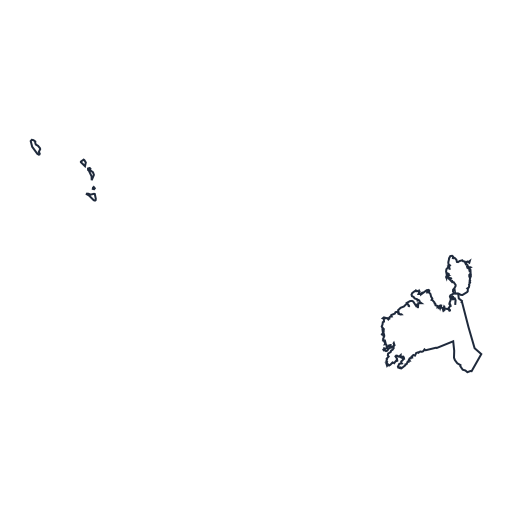 Sokehs, Pohnpei, Federated States of Micronesia
{"feature_id": "79324940B45103387354775", "entity_name": "Sokehs", "entity_type": "district", "adm_level": 2, "iso_a3": "FSM", "parent_name": "Federated States of Micronesia", "parent_adm1": "Pohnpei", "projection": "robinson", "projection_center": [158.146, 6.985], "detail": "fine", "context": "isolated", "style": "outline", "palette": "slate", "viewbox_px": 512, "rotation_deg": 0, "n_neighbors": 0, "source": "geoboundaries", "source_scale": "gbopen_adm2", "svg_char_len": 6042}
<svg xmlns="http://www.w3.org/2000/svg" viewBox="0 0 512 512"><path d="M471.6,371.2L481.3,354.1L474.6,348.2L468.5,327.2L462.1,302.4L461.6,302.2L462.0,301.0L458.8,298.5L458.2,293.6L455.2,293.7L453.8,293.5L450.5,295.3L449.9,296.3L450.1,297.1L451.1,296.8L452.1,297.5L453.3,295.9L452.6,297.7L452.9,299.0L454.4,298.2L454.8,298.4L455.6,300.3L455.2,304.9L455.5,300.1L454.7,298.5L453.2,299.3L452.8,299.1L452.4,298.1L451.3,297.9L450.6,299.0L450.9,299.5L449.6,302.7L449.9,303.8L449.4,304.1L450.3,305.5L450.9,305.5L451.2,305.7L451.5,305.6L450.7,305.9L450.5,305.6L448.5,308.2L449.9,310.1L450.7,310.2L449.4,310.7L448.6,309.3L445.4,308.6L444.4,309.2L444.4,310.9L444.3,309.3L443.7,310.5L443.1,309.6L444.4,307.0L444.1,306.6L443.4,308.6L442.8,308.4L443.3,308.8L443.0,309.5L442.6,308.1L440.8,307.3L441.2,305.8L440.7,305.4L440.1,305.6L440.3,306.2L440.2,307.1L440.4,306.4L440.2,305.8L440.9,305.7L440.3,308.0L440.0,307.8L440.1,305.9L439.8,307.9L439.4,307.0L438.7,307.6L438.6,306.8L437.5,307.2L437.7,306.0L435.5,305.3L435.3,303.8L434.6,303.5L434.5,302.5L432.4,300.1L431.6,299.9L432.3,298.5L431.1,296.7L430.4,293.9L428.8,292.3L427.2,292.4L427.3,292.0L429.1,291.5L429.3,290.6L428.6,289.9L426.7,290.2L421.2,294.3L421.3,293.4L420.5,294.0L418.5,294.0L419.6,291.6L419.1,290.7L418.6,291.5L416.0,290.5L415.9,291.2L414.8,291.1L412.2,293.1L411.5,294.7L412.0,296.2L413.6,296.9L414.6,298.4L417.2,299.3L417.5,300.5L418.5,300.0L419.3,300.5L419.8,302.0L421.4,303.2L418.3,303.2L417.9,308.1L417.7,304.5L417.2,304.5L417.1,305.6L416.6,305.7L416.8,307.0L413.2,301.5L412.0,300.9L410.0,301.1L406.8,302.9L408.9,305.6L409.1,306.1L408.6,306.8L408.8,305.5L406.9,303.5L403.9,306.5L400.6,307.8L398.1,310.2L398.9,313.6L399.2,313.7L400.5,314.4L401.4,314.3L401.5,314.4L400.5,314.5L398.4,313.8L398.0,312.3L396.4,311.9L395.5,312.2L394.8,313.6L391.3,315.0L391.1,315.7L391.6,316.5L390.1,316.7L388.9,318.0L389.4,318.6L389.6,319.4L388.9,318.5L388.3,319.4L387.2,318.1L385.2,318.3L385.4,317.8L383.9,317.4L382.8,318.3L383.8,318.7L384.0,321.6L382.8,322.2L382.5,324.6L381.7,326.5L382.4,327.9L383.4,327.5L382.7,328.3L383.5,328.9L382.9,329.4L383.6,329.9L383.2,330.6L383.6,331.0L383.2,331.3L383.5,332.5L382.8,331.8L383.0,333.3L381.9,334.3L382.3,334.8L383.9,334.9L383.7,336.0L384.2,336.1L384.2,336.4L383.0,339.1L383.7,339.9L383.2,340.6L384.1,341.0L384.7,342.4L385.2,341.6L385.6,343.2L384.9,344.3L385.8,344.2L386.4,344.8L386.7,346.6L386.9,346.7L387.4,346.4L387.7,346.5L387.0,347.9L385.3,348.8L384.2,348.3L384.0,349.3L383.4,349.6L383.8,350.4L384.8,350.3L386.0,351.1L387.4,350.6L388.4,348.9L390.8,347.2L390.0,345.4L389.0,345.5L388.7,346.2L388.3,346.4L388.9,345.5L389.2,345.4L390.1,345.4L390.6,345.1L390.7,344.1L390.7,345.1L390.2,345.5L391.3,347.5L394.3,345.4L394.0,344.8L393.9,343.8L393.6,343.3L393.8,343.0L394.5,345.2L393.4,346.6L393.7,348.1L392.5,349.8L391.1,350.6L390.7,352.0L388.1,353.6L387.8,355.4L388.7,356.5L386.7,358.7L387.0,359.3L386.5,360.3L386.9,361.5L386.4,361.9L387.0,362.1L386.4,363.5L387.3,364.7L386.7,364.5L387.1,365.8L387.6,365.2L388.7,365.4L388.7,364.9L389.2,365.3L390.3,364.8L392.4,362.6L392.7,363.0L394.0,362.6L394.3,363.0L396.2,360.6L396.7,361.0L397.3,360.7L396.9,358.5L395.0,355.7L396.3,356.5L396.5,355.8L397.1,356.1L396.5,355.4L399.0,356.7L400.7,355.1L400.8,358.0L401.1,357.1L401.5,357.7L402.4,357.5L402.0,357.1L403.1,356.4L403.0,355.7L403.1,356.7L403.8,357.3L404.1,358.8L403.0,359.2L402.8,360.1L401.2,361.5L401.2,362.6L401.8,363.4L399.3,363.8L397.9,366.7L398.3,367.6L399.7,367.4L399.7,368.1L400.4,368.3L401.0,367.8L401.5,368.3L405.3,365.3L405.4,364.4L406.7,364.0L407.6,361.7L408.6,361.8L408.7,360.7L409.7,360.7L409.0,359.6L409.7,358.3L410.8,358.3L411.3,357.1L412.2,357.4L412.2,356.1L413.4,355.0L415.0,355.6L416.2,353.0L418.2,352.3L418.5,352.7L420.2,351.5L421.8,351.8L423.3,351.2L424.5,349.4L425.4,350.2L426.3,350.1L436.1,347.7L436.7,348.0L453.2,341.3L454.2,350.8L454.0,357.7L454.9,360.1L457.3,363.3L460.5,365.1L460.3,366.2L462.7,369.7L465.4,370.5L467.4,372.2L470.5,371.0L471.6,371.2ZM467.9,288.8L467.4,288.4L468.8,287.5L469.3,285.3L469.0,284.7L470.1,282.4L469.5,282.0L470.1,280.7L469.7,280.4L470.3,277.3L469.8,276.8L469.6,277.2L469.3,276.3L469.7,276.3L469.8,275.5L470.8,275.9L470.8,275.1L469.8,275.4L470.3,275.0L469.6,274.5L470.6,273.4L470.5,270.8L469.6,271.1L469.5,270.7L470.4,270.6L470.4,269.8L468.7,268.6L470.6,267.4L470.1,267.2L468.2,268.6L469.0,267.9L468.9,267.2L468.1,266.7L467.3,267.3L467.0,266.5L467.6,265.3L466.5,264.1L465.9,264.3L465.3,262.8L467.6,261.6L469.3,262.7L469.8,261.0L468.6,261.9L467.5,261.5L465.2,262.7L464.8,261.6L463.0,261.2L462.3,260.3L459.7,261.0L458.0,262.1L456.9,261.9L456.4,259.7L454.6,257.9L453.3,257.9L452.7,258.9L453.1,256.7L452.7,256.2L452.1,255.8L450.3,256.1L449.0,258.6L449.2,259.5L449.0,259.2L448.3,262.3L448.5,264.3L450.0,265.4L449.4,266.1L448.9,265.6L448.1,266.1L449.5,268.1L449.7,269.2L449.6,269.6L449.4,268.3L448.4,267.0L446.4,269.2L446.1,271.5L446.7,274.4L447.3,274.4L447.4,273.3L448.7,273.9L448.9,274.8L448.1,275.3L447.1,274.9L446.7,275.1L446.6,276.5L446.1,277.0L446.5,278.0L447.0,275.1L448.4,275.6L447.8,275.8L448.1,276.8L447.8,277.2L448.9,278.8L449.3,278.8L450.1,277.1L449.3,278.9L449.7,279.3L451.6,277.7L450.1,279.9L451.6,281.5L452.2,281.2L452.4,282.2L453.7,282.2L455.6,284.9L455.6,286.0L454.4,288.3L454.7,290.3L453.6,289.1L453.1,289.7L453.0,291.5L453.9,292.7L452.8,292.7L457.1,293.6L457.6,293.4L458.5,293.6L460.9,294.9L462.4,295.0L467.1,292.1L467.7,291.4L467.9,288.8ZM31.8,139.8L30.7,141.1L32.2,146.8L37.4,153.9L38.9,154.7L39.5,154.4L39.7,153.5L38.8,152.0L40.2,149.1L39.9,148.1L38.1,145.9L35.8,144.5L35.2,142.7L35.3,141.5L33.5,140.2L31.8,139.8ZM90.7,194.6L88.2,193.7L86.9,193.7L86.7,194.2L88.9,195.4L93.7,200.2L95.0,200.6L95.6,200.2L95.8,198.8L94.8,194.0L94.0,193.8L90.7,194.6ZM91.7,180.2L93.9,174.9L93.0,172.3L90.0,170.1L89.2,171.3L91.6,176.4L91.7,180.2ZM85.0,166.2L85.8,162.5L84.5,160.4L83.7,160.9L84.1,160.4L83.6,159.7L80.9,161.6L80.9,162.2L85.0,166.2ZM88.9,170.7L90.4,168.8L89.7,168.0L88.0,168.5L88.1,170.0L88.9,170.7ZM94.8,188.3L93.7,187.0L93.0,187.7L92.8,188.9L94.1,189.2L94.8,188.3Z" fill="none" stroke="#1e293b" stroke-width="2"/></svg>